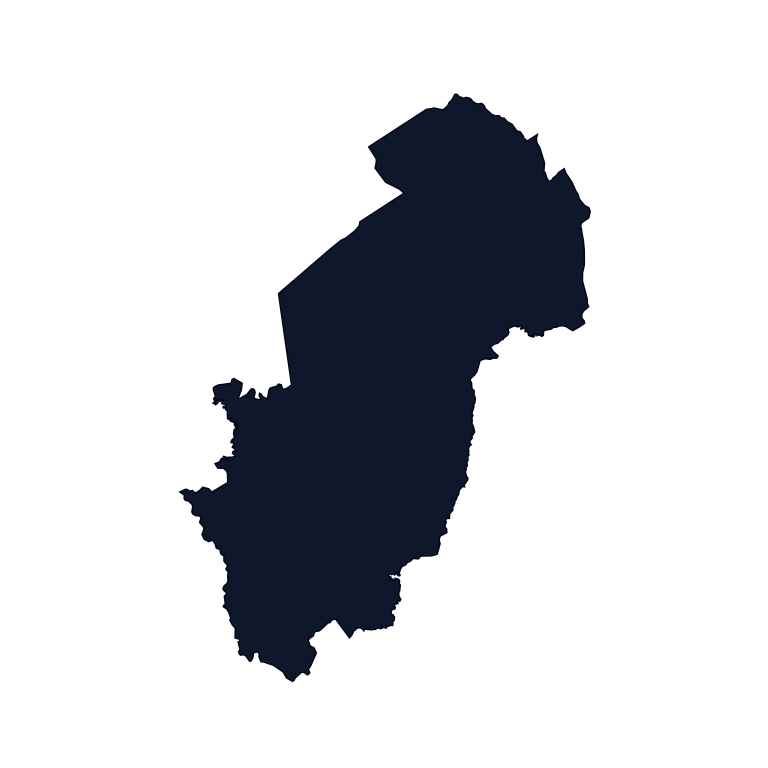 the district of Cascales, Sucumbios, Ecuador, rotated 237°
{"feature_id": "8360857B63398910527025", "entity_name": "Cascales", "entity_type": "district", "adm_level": 2, "iso_a3": "ECU", "parent_name": "Ecuador", "parent_adm1": "Sucumbios", "projection": "mercator", "projection_center": [-77.299, 0.15], "detail": "fine", "context": "isolated", "style": "filled", "palette": "ink", "viewbox_px": 768, "rotation_deg": 237, "n_neighbors": 0, "source": "geoboundaries", "source_scale": "gbopen_adm2", "svg_char_len": 6171}
<svg xmlns="http://www.w3.org/2000/svg" viewBox="0 0 768 768"><g transform="rotate(237 384 384)"><path d="M404.6,154.0L399.4,156.0L396.8,154.0L394.8,154.0L392.1,156.5L387.5,157.4L385.6,157.1L381.3,153.1L379.2,152.9L376.3,154.2L374.2,157.1L372.2,157.9L370.9,157.1L368.3,154.0L361.9,154.8L359.9,153.5L357.1,149.5L351.8,148.6L347.3,151.2L346.6,154.3L345.3,155.4L340.9,155.1L337.9,154.0L334.2,156.4L332.1,155.1L330.0,154.7L327.1,156.1L322.4,153.3L316.9,154.0L314.9,150.6L310.6,150.9L309.0,148.9L303.4,145.6L302.2,143.6L301.8,140.1L300.0,137.4L298.4,137.1L294.8,138.1L293.7,137.7L293.0,134.5L285.7,131.0L285.6,128.9L284.7,128.0L281.0,129.6L276.3,129.4L271.4,128.0L269.8,126.1L264.3,125.6L260.3,126.4L252.1,120.8L248.4,124.1L247.1,123.3L247.1,121.1L240.0,118.8L238.5,116.2L236.3,115.6L234.7,116.1L233.5,118.8L231.4,120.0L224.7,120.3L224.1,121.4L225.6,124.5L229.4,128.2L229.1,130.6L227.6,132.3L225.8,132.5L223.4,130.7L218.1,129.5L217.3,130.9L208.2,138.2L197.4,142.6L190.6,142.2L184.4,145.4L184.4,147.0L185.8,149.3L187.2,158.0L185.6,159.9L181.8,161.3L181.8,163.6L182.6,164.6L185.7,164.9L187.7,169.2L195.3,180.8L200.7,181.6L204.6,179.4L210.5,180.9L211.2,183.4L211.2,187.3L213.6,190.5L213.7,192.5L212.4,194.6L212.3,196.5L214.2,207.5L213.3,208.5L214.5,211.8L213.2,215.4L190.0,216.8L190.7,219.7L193.5,224.6L193.3,225.9L194.1,228.4L192.3,231.5L190.8,232.4L188.0,232.7L189.2,234.0L184.4,240.0L183.8,242.4L182.9,242.9L182.8,246.2L180.8,247.7L180.1,249.6L181.9,250.2L178.1,252.6L178.6,254.0L179.8,254.7L178.4,255.6L178.0,258.3L176.8,259.6L177.7,260.7L181.1,262.1L180.1,262.7L180.3,263.9L183.0,266.0L183.7,265.6L185.5,266.0L186.7,264.6L188.7,265.5L190.4,267.7L189.4,270.6L190.6,271.9L192.2,271.9L194.1,272.9L193.0,273.9L192.5,276.3L195.3,277.3L193.3,278.9L194.3,280.9L197.6,280.8L201.1,282.8L201.6,284.1L206.4,288.1L208.8,288.2L210.4,289.9L212.3,289.9L214.9,287.6L213.1,286.5L213.3,285.7L215.4,285.4L216.4,283.4L218.1,284.7L220.7,283.0L221.1,283.4L221.5,285.7L219.9,286.6L220.1,288.1L218.0,288.9L218.8,291.1L215.4,291.6L214.7,292.6L215.2,293.6L216.5,293.4L217.9,294.5L221.1,299.2L220.6,304.0L221.6,306.0L221.0,309.6L221.9,313.4L218.7,317.4L219.6,321.2L213.9,330.5L212.3,335.9L219.5,344.0L223.7,345.6L225.9,348.4L225.2,355.8L228.3,357.5L231.4,357.3L234.2,360.9L236.4,361.5L237.0,363.6L235.7,365.6L239.2,368.3L240.8,373.1L242.7,374.0L245.6,378.5L247.6,380.0L247.6,381.3L250.2,384.7L250.6,386.2L254.0,389.4L255.3,393.8L253.9,395.6L255.6,396.0L257.9,401.8L259.4,403.1L261.1,402.8L266.5,404.5L267.0,406.0L268.6,406.8L270.3,409.5L273.1,410.8L274.2,412.8L277.7,414.9L278.3,416.8L279.8,417.0L281.4,418.5L283.9,419.6L285.3,421.7L285.6,424.1L286.7,423.7L289.4,424.6L290.5,428.3L292.3,429.3L294.3,433.8L299.3,435.7L303.3,436.4L305.1,438.0L307.6,439.1L309.3,441.6L311.5,441.6L316.0,447.1L317.9,447.9L318.6,449.7L322.0,452.7L326.8,454.1L329.0,455.9L332.5,455.3L337.2,458.0L340.3,458.2L341.3,459.6L342.3,465.1L343.8,468.6L351.3,477.4L350.3,482.4L346.8,486.6L346.3,489.7L344.2,492.7L345.3,495.0L351.9,493.2L357.1,493.5L357.3,498.3L356.3,501.7L357.2,506.4L356.5,507.9L357.2,509.3L357.7,514.5L359.1,516.8L362.8,518.0L362.3,521.5L363.1,522.4L361.8,523.3L361.9,524.9L358.8,527.5L358.2,530.7L356.8,530.8L356.3,529.0L355.3,528.8L354.5,532.2L352.6,532.4L351.2,530.8L349.6,533.0L345.9,531.8L344.4,532.8L344.4,533.5L343.7,533.4L342.1,534.7L342.1,535.4L342.8,534.7L343.8,535.6L343.7,536.3L342.8,536.4L342.8,537.9L341.9,539.1L341.2,538.8L341.3,539.7L340.1,541.4L338.0,542.3L338.0,544.1L340.5,545.9L341.7,547.7L339.1,553.8L339.2,557.2L337.8,559.4L337.2,562.7L335.7,565.4L333.1,568.0L326.1,571.2L325.5,577.8L325.7,585.4L328.0,586.3L331.3,585.8L334.9,587.9L336.4,590.8L337.5,597.8L341.3,598.5L344.4,600.7L362.2,606.5L368.9,610.9L374.9,617.0L387.1,624.8L395.0,629.0L409.9,635.3L411.6,637.6L411.8,646.2L416.4,650.9L420.3,651.8L424.2,649.5L432.6,648.6L437.9,650.1L440.5,649.9L450.9,651.5L462.1,651.4L466.4,652.4L466.3,645.8L465.1,642.7L464.5,637.6L463.7,636.6L463.8,632.5L468.7,632.8L472.9,634.2L475.5,634.0L481.3,638.6L483.7,639.5L497.5,643.4L502.6,643.5L506.8,645.4L509.7,648.5L509.8,635.2L511.3,636.0L514.7,635.2L515.9,635.8L521.3,635.6L523.9,633.2L531.9,632.9L537.0,630.2L541.5,629.6L543.2,627.2L546.4,626.7L548.1,623.6L551.2,621.3L559.9,619.0L562.8,619.6L565.5,619.0L566.8,617.7L567.6,615.2L570.7,613.0L573.8,612.0L574.9,612.3L577.8,610.9L579.9,608.4L580.1,607.0L581.4,605.1L582.6,605.0L583.5,603.6L587.0,603.1L588.3,601.3L585.1,595.2L584.4,591.5L582.8,589.4L581.9,584.7L582.2,582.2L588.6,575.8L588.9,573.9L591.2,569.3L591.2,500.3L577.3,500.2L574.5,498.6L569.9,494.1L552.3,495.3L539.4,502.9L533.1,504.9L533.1,452.1L530.1,449.3L528.3,442.8L527.2,431.9L527.9,426.3L526.7,414.3L517.3,344.8L433.5,305.9L433.3,299.9L434.2,297.2L434.8,296.5L436.0,296.5L439.3,297.4L441.4,295.4L440.5,292.8L442.5,286.9L442.2,285.5L440.8,283.4L436.4,279.6L435.5,277.5L439.6,275.4L442.8,275.4L443.9,274.6L442.4,273.1L439.2,272.7L438.6,271.5L439.0,270.3L443.1,267.1L447.1,271.3L449.6,272.1L451.1,271.7L452.1,269.9L449.9,263.5L450.4,255.5L451.0,254.4L451.9,254.5L456.9,261.3L461.9,265.4L470.5,261.0L470.4,258.8L468.1,256.5L468.1,255.7L473.4,244.4L474.0,240.1L473.3,238.5L472.1,237.7L465.2,235.9L464.6,233.2L461.0,232.5L461.2,230.3L458.3,231.6L458.8,234.8L460.4,234.3L461.8,236.1L459.5,236.3L458.7,237.1L458.9,239.9L458.1,240.7L457.5,240.1L457.5,238.7L456.4,237.6L455.5,237.4L453.8,239.6L452.6,239.9L451.6,239.1L452.6,237.4L452.3,236.5L451.3,236.3L450.4,238.0L448.8,237.3L446.7,237.9L440.3,234.0L438.9,234.4L438.8,237.1L438.1,237.7L437.3,235.2L436.6,235.0L433.2,237.6L431.4,236.5L431.4,238.4L430.7,239.0L429.9,238.4L429.8,236.2L425.9,237.5L426.2,236.6L427.8,235.6L427.0,233.3L424.3,230.8L420.6,229.6L419.8,225.6L418.9,224.3L418.2,223.8L416.9,225.4L415.3,225.5L413.6,222.3L410.3,223.7L409.1,223.3L409.7,220.7L408.3,219.1L405.7,220.3L404.8,219.9L405.1,217.1L407.2,213.7L405.1,212.4L406.7,211.6L407.6,212.6L410.7,210.0L410.5,209.5L408.7,210.1L407.6,209.7L410.1,207.2L408.2,203.6L409.2,198.9L404.0,198.8L400.6,203.6L396.9,204.6L394.4,204.1L386.5,199.3L387.1,180.7L391.4,180.0L396.1,175.8L395.1,171.4L395.1,167.2L397.1,165.4L398.8,165.5L400.1,162.6L402.4,161.7L403.8,160.2L404.6,154.0Z" fill="#0f172a" stroke="#020617" stroke-width="1.5"/></g></svg>